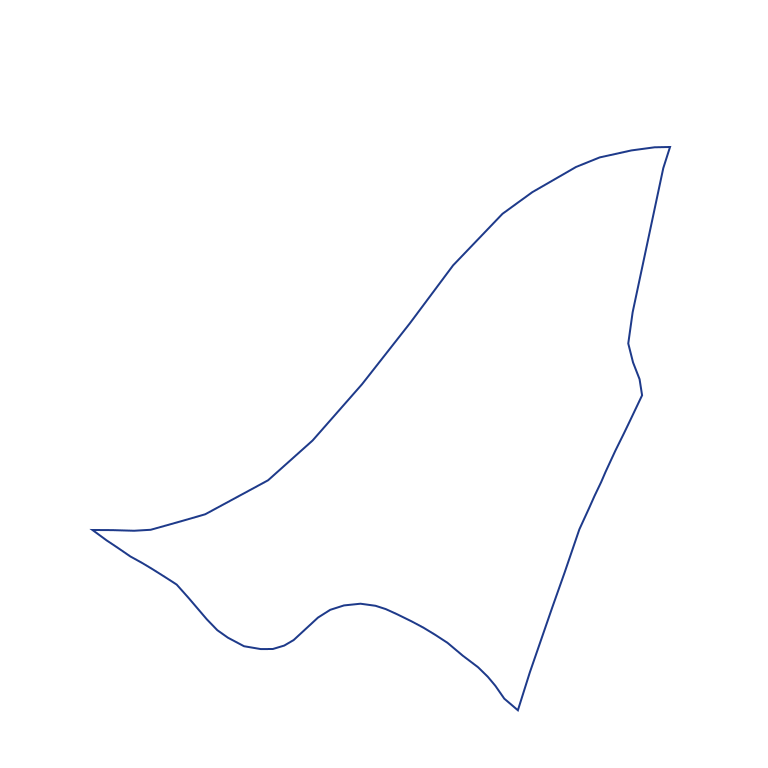 Itaparica, Brazil (Mercator projection), rotated 282°
{"feature_id": "56859067B29477790056969", "entity_name": "Itaparica", "entity_type": "district", "adm_level": 2, "iso_a3": "BRA", "parent_name": "Brazil", "parent_adm1": "", "projection": "mercator", "projection_center": [-38.672, -12.871], "detail": "fine", "context": "isolated", "style": "outline", "palette": "blue", "viewbox_px": 768, "rotation_deg": 282, "n_neighbors": 0, "source": "geoboundaries", "source_scale": "gbopen_adm2", "svg_char_len": 1015}
<svg xmlns="http://www.w3.org/2000/svg" viewBox="0 0 768 768"><g transform="rotate(282 384 384)"><path d="M675.3,614.5L671.8,599.5L663.9,577.4L650.5,547.9L636.3,526.8L602.5,489.2L589.1,477.1L575.1,464.5L514.4,426.9L449.0,396.8L379.3,362.6L313.9,325.9L265.7,290.6L219.4,236.2L208.7,216.2L192.9,186.1L188.5,170.1L184.6,148.7L180.6,129.2L173.4,145.1L168.1,158.4L162.6,171.7L158.7,184.5L154.8,195.9L149.5,210.3L144.7,222.9L133.9,237.6L117.0,259.6L108.5,272.2L103.4,284.1L98.4,301.6L99.1,318.7L101.7,330.4L107.4,340.8L114.8,348.9L127.8,358.1L141.8,368.0L151.9,378.3L159.1,390.9L164.2,406.7L165.3,421.8L164.2,432.5L161.5,444.7L157.6,460.2L153.7,473.7L149.1,486.8L144.0,500.0L134.6,517.6L126.5,534.9L119.2,546.4L112.0,555.6L101.2,567.1L92.7,582.8L132.2,586.6L200.1,595.0L237.4,599.9L282.4,605.3L305.6,610.5L318.3,613.2L333.2,616.8L344.2,619.0L367.0,624.2L385.4,628.9L397.7,631.9L426.6,638.8L441.8,633.0L456.9,623.1L474.4,614.5L505.8,612.3L653.2,612.3L675.3,614.5Z" fill="none" stroke="#1e3a8a" stroke-width="2"/></g></svg>